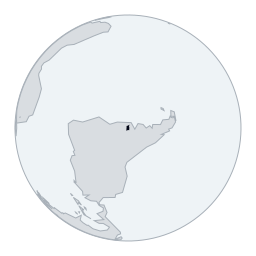 the Earth from above Rivera, rotated 234°
{"feature_id": "URY-14", "entity_name": "Rivera", "entity_type": "Department", "adm_level": 1, "iso_a3": "URY", "parent_name": "Uruguay", "parent_adm1": "", "projection": "orthographic", "projection_center": [-55.345, -31.483], "detail": "fine", "context": "on_globe", "style": "filled", "palette": "ink", "viewbox_px": 256, "rotation_deg": 234, "n_neighbors": 0, "source": "natural_earth", "source_scale": "10m", "svg_char_len": 3679}
<svg xmlns="http://www.w3.org/2000/svg" viewBox="0 0 256 256"><g transform="rotate(234 128 128)"><circle cx="128" cy="128" r="113" fill="#eef3f6" stroke="#a8b0b8"/><path d="M98.2,19.4L98.8,19.2L97.7,19.6L98.7,19.6L101.0,18.9L101.0,18.7L105.5,17.6L120.0,15.6L121.0,15.6L127.5,15.8L127.6,16.1L122.1,16.7L114.2,17.2L107.1,19.2L115.6,17.4L115.6,18.5L117.3,18.5L119.6,18.3L121.1,17.8L121.9,18.2L113.8,19.8L112.9,19.5L115.5,18.9L111.8,19.3L106.3,20.9L106.8,21.6L98.0,24.3L98.2,24.9L96.4,26.0L96.7,24.8L96.1,27.3L85.9,32.8L84.9,38.9L81.6,35.2L77.9,35.9L73.2,37.7L72.9,38.6L67.1,40.4L61.0,45.0L57.6,51.3L58.7,54.7L65.3,51.9L67.8,48.6L72.9,46.2L68.1,54.6L76.9,52.6L75.3,58.8L77.7,61.1L82.4,59.1L87.2,59.5L91.0,55.1L96.9,52.2L96.7,57.1L100.2,52.1L103.4,54.0L115.4,52.7L114.4,53.9L124.5,59.5L135.9,62.4L138.5,66.5L137.1,69.0L141.2,70.0L141.3,71.7L157.8,76.2L166.6,82.2L166.4,88.5L159.5,94.8L154.0,111.0L141.7,115.5L139.1,122.8L130.5,133.7L123.0,132.8L125.7,138.7L122.0,142.3L117.3,142.7L117.1,147.0L113.6,147.4L116.3,150.1L111.7,156.3L114.1,160.9L111.0,166.2L112.8,169.0L111.2,169.1L109.8,170.4L110.1,172.1L104.9,170.0L102.2,163.7L103.2,160.2L101.2,160.0L103.2,151.3L101.3,153.3L99.9,141.5L101.6,131.8L100.9,106.9L98.2,102.7L89.5,99.0L79.1,85.7L81.5,79.0L79.4,76.7L86.3,67.0L84.7,60.5L82.4,60.1L79.8,63.3L72.0,61.4L69.7,57.4L48.3,60.6L46.7,59.8L47.6,56.5L45.6,52.0L44.1,58.5L42.4,58.6L41.9,57.0L43.4,55.3L44.7,52.4L43.8,53.1L49.4,47.3L55.5,41.8L61.8,36.8L68.6,32.3L75.6,28.3L82.9,24.8L90.5,21.8L98.2,19.4ZM83.8,41.4L93.9,42.5L87.6,44.2L88.9,43.3L86.4,42.4L81.7,42.4L76.3,44.7L83.8,41.4ZM89.5,36.4L87.7,36.6L89.5,36.1L89.5,36.4ZM113.9,174.9L105.5,171.0L110.0,172.6L112.3,169.6L117.0,172.9L113.9,174.9ZM120.9,167.4L124.0,165.9L125.1,166.7L123.1,167.9L120.9,167.4ZM213.2,54.3L213.3,54.5L213.5,54.7L218.7,61.2L223.4,68.1L227.5,75.3L231.2,82.8L234.2,90.5L236.7,98.5L238.6,106.6L239.9,114.8L240.5,123.1L240.6,131.5L240.0,139.8L238.8,148.0L238.1,151.8L235.7,160.0L234.0,160.6L230.8,168.0L229.4,167.8L227.1,171.6L224.1,173.6L220.3,174.1L217.5,168.3L220.0,164.3L222.6,154.3L227.3,133.5L230.8,127.4L231.7,121.1L229.3,104.2L230.1,98.2L228.8,94.2L226.5,92.6L224.6,88.0L223.0,86.6L210.6,81.0L205.2,74.3L194.6,58.6L195.7,54.8L192.9,49.4L197.4,40.8L201.7,43.8L207.8,48.5L213.2,54.3ZM198.8,40.4L200.3,42.4L197.8,41.0L193.3,37.9L187.2,32.6L193.3,36.2L198.8,40.4ZM199.8,46.3L200.6,47.7L199.8,46.3ZM115.8,52.6L117.2,53.5L115.2,53.6L115.8,52.6ZM86.5,46.2L88.7,45.8L89.8,46.2L88.0,46.8L86.5,46.2ZM106.2,42.9L109.0,43.0L106.0,43.6L106.2,42.9ZM95.5,42.6L104.0,43.0L98.3,45.1L93.0,45.0L96.8,44.0L95.5,42.6ZM87.9,38.8L89.2,38.8L88.6,39.6L87.9,38.8ZM90.8,36.1L90.3,36.3L89.7,35.9L90.8,36.1ZM116.1,18.3L116.8,18.2L119.0,18.1L117.7,18.4L116.1,18.3ZM130.0,17.1L131.1,17.8L129.5,17.3L127.9,17.7L122.6,17.4L127.4,16.2L126.2,16.7L130.0,17.1ZM116.9,17.1L119.7,17.1L116.4,17.1L116.9,17.1ZM189.5,222.0L187.2,223.4L188.2,222.6L189.5,222.0ZM230.0,175.9L227.7,180.0L228.7,177.3L231.2,172.2L234.6,164.4L234.6,164.5L230.0,175.9Z" fill="#d9dde1" stroke="#a8b0b8" stroke-width="1"/><path d="M127.2,127.1L127.3,127.1L127.3,126.9L127.5,127.0L127.5,126.9L127.5,126.7L127.6,126.8L127.8,126.9L127.8,127.0L128.0,127.1L128.0,127.3L128.1,127.5L128.3,127.6L128.5,127.7L128.7,127.8L128.8,127.8L129.2,127.9L129.2,128.0L129.3,128.0L129.5,128.3L129.4,128.4L129.4,128.5L129.4,128.8L129.3,129.0L129.2,129.2L129.2,129.3L129.1,129.2L128.9,129.0L128.9,128.9L128.7,128.8L128.7,128.7L128.4,128.7L128.2,128.7L127.9,128.6L127.7,128.6L127.5,128.4L127.5,128.2L127.4,128.2L127.2,128.0L127.2,127.9L127.0,127.7L126.9,127.7L126.7,127.6L126.8,127.5L126.8,127.4L126.9,127.2L127.0,127.2L127.2,127.1Z" fill="#0f172a" stroke="#020617" stroke-width="1.5"/></g></svg>